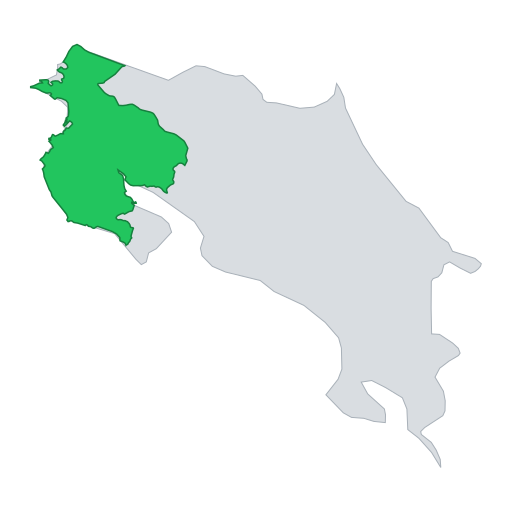 Costa Rica, with Guanacaste highlighted
{"feature_id": "CRI-1334", "entity_name": "Guanacaste", "entity_type": "Province", "adm_level": 1, "iso_a3": "CRI", "parent_name": "Costa Rica", "parent_adm1": "", "projection": "albers", "projection_center": [-85.354, 10.467], "detail": "fine", "context": "in_parent", "style": "filled", "palette": "green", "viewbox_px": 512, "rotation_deg": 0, "n_neighbors": 0, "source": "natural_earth", "source_scale": "10m", "svg_char_len": 6704}
<svg xmlns="http://www.w3.org/2000/svg" viewBox="0 0 512 512"><path d="M481.3,263.7L480.5,266.2L478.3,268.8L475.0,271.5L470.6,273.3L460.0,268.0L449.6,261.9L443.9,264.8L441.8,272.8L438.0,276.9L433.2,278.6L431.3,281.3L431.1,308.4L431.6,333.9L439.5,334.4L452.7,343.1L458.3,348.3L460.1,353.1L458.5,355.5L449.0,361.1L439.7,368.2L435.0,377.1L443.4,391.2L445.2,400.8L445.0,410.9L442.8,415.7L424.7,427.5L420.7,431.5L421.3,434.5L431.3,442.4L436.2,450.1L440.2,459.4L440.8,467.5L431.6,452.5L418.9,438.3L407.8,429.6L406.9,409.0L402.4,397.8L385.8,387.7L371.7,380.5L361.2,382.1L367.7,393.9L384.4,409.0L385.5,414.8L385.3,422.6L373.9,421.4L363.8,418.3L351.5,417.4L343.3,412.8L325.9,394.8L338.1,379.2L341.9,369.1L341.4,348.0L338.6,337.8L325.2,322.4L303.9,305.4L274.2,291.6L260.2,280.5L225.5,272.0L212.3,266.3L202.0,255.7L200.4,248.1L204.0,236.4L194.4,221.6L153.1,192.4L130.0,181.7L125.1,175.4L121.4,173.4L125.0,193.6L135.1,205.7L161.4,217.0L168.7,223.6L171.6,232.2L156.3,248.7L148.6,252.9L146.3,261.9L141.3,264.6L136.0,259.4L114.6,233.6L73.3,221.3L65.8,213.7L50.5,190.1L43.4,168.6L46.0,154.2L63.0,131.9L68.3,122.2L67.2,116.2L67.8,107.4L61.4,101.2L45.8,93.1L35.8,86.7L38.6,83.5L56.5,74.9L57.7,67.1L57.6,64.5L60.5,63.9L63.1,61.9L64.7,59.7L69.6,52.2L73.9,48.0L78.8,47.3L84.9,50.4L107.4,58.5L132.6,67.5L168.4,80.3L183.2,72.1L196.0,65.8L204.8,66.6L224.1,73.9L235.7,76.2L242.8,75.4L255.1,86.1L261.9,94.1L263.0,99.4L266.8,102.3L276.4,102.9L299.9,108.3L314.2,107.1L327.2,101.3L334.4,94.4L336.6,83.5L339.9,88.8L343.8,97.3L345.5,108.1L362.6,144.3L376.2,164.6L406.1,201.4L418.9,208.1L440.7,237.7L448.2,242.6L452.5,251.3L475.0,258.4L481.3,263.7Z" fill="#d9dde1" stroke="#a8b0b8" stroke-width="1"/><path d="M77.0,44.5L80.8,46.5L84.6,49.9L88.8,52.3L102.3,57.3L120.2,64.0L124.9,65.7L124.6,66.0L123.6,66.2L122.8,66.5L122.3,66.6L122.0,66.7L121.5,67.1L115.1,74.2L104.7,81.4L104.4,82.0L104.1,82.6L102.8,83.1L98.3,83.5L97.8,84.0L97.8,84.3L97.8,84.7L98.1,85.3L98.3,85.5L104.3,92.5L105.8,93.7L109.0,95.6L109.8,95.9L112.8,96.2L113.2,96.4L113.5,96.5L113.8,96.7L114.4,97.1L115.5,98.9L118.8,105.4L122.8,105.6L126.3,105.2L129.2,104.5L130.8,104.3L131.7,104.3L132.5,104.3L133.3,104.7L134.3,105.2L138.3,107.9L139.2,108.8L140.1,109.4L142.1,110.1L149.2,111.8L150.7,112.2L152.5,113.0L153.3,113.5L154.1,114.4L156.0,117.4L157.6,120.2L158.2,123.8L158.6,124.8L159.3,125.9L159.7,126.4L163.3,129.6L164.7,131.2L166.6,131.9L173.9,133.8L176.3,135.0L183.9,140.9L184.9,142.4L187.8,148.2L185.7,155.7L186.3,158.2L186.6,159.1L186.8,159.4L187.1,160.0L186.9,161.3L184.8,165.4L182.7,163.7L182.1,163.4L181.4,163.2L180.7,163.1L179.7,163.2L179.1,163.3L178.7,163.5L177.9,164.0L176.8,165.2L176.3,165.7L175.1,166.3L174.3,166.8L173.7,167.4L173.3,168.0L173.1,168.4L173.0,168.8L173.0,169.2L173.1,169.6L173.2,169.9L173.4,170.2L174.4,171.1L174.6,171.3L174.7,171.7L174.7,172.0L174.7,172.4L174.0,174.2L173.7,176.8L173.6,177.2L172.8,178.9L172.7,179.4L172.7,179.7L172.8,180.1L172.9,180.4L173.1,180.6L173.5,181.1L173.7,181.5L173.8,182.0L173.7,183.0L173.5,183.5L173.2,183.8L170.7,184.9L170.1,185.3L167.7,187.4L167.1,188.2L166.7,188.8L166.6,189.6L166.6,190.1L166.7,190.8L167.2,192.3L167.3,192.8L167.1,193.0L166.8,193.0L166.4,193.0L166.1,192.8L164.9,192.2L163.8,191.4L163.3,190.9L161.7,188.8L160.7,188.0L160.4,187.8L159.2,187.1L158.5,186.9L158.2,186.8L157.7,186.7L157.2,186.8L156.5,187.0L156.3,187.1L156.0,187.1L155.6,187.0L155.3,186.9L155.0,186.7L154.5,186.3L154.2,186.1L153.9,186.1L153.5,186.1L152.8,186.2L151.9,186.3L151.5,186.3L151.1,186.2L150.0,186.2L147.3,187.0L146.8,186.6L146.2,186.4L144.5,184.8L142.1,185.6L133.1,185.7L130.7,185.1L128.6,183.6L125.2,180.1L125.2,179.2L126.0,176.8L123.7,173.9L118.0,169.9L118.8,172.7L122.6,175.5L123.5,178.8L123.9,185.1L124.7,188.7L126.2,191.2L124.5,192.4L124.8,194.2L126.3,196.0L130.4,197.4L131.8,199.0L133.6,202.4L134.4,202.4L135.5,201.9L136.0,202.3L136.2,203.2L135.0,203.3L133.8,203.2L132.7,202.8L131.7,202.4L131.7,203.2L134.2,205.5L132.8,209.8L132.1,210.9L129.1,211.6L128.5,211.9L125.0,213.9L124.4,214.1L124.2,214.0L123.9,213.7L123.7,213.5L123.5,213.3L122.5,213.4L121.2,213.8L117.9,215.4L116.7,216.5L116.1,217.6L116.3,218.4L116.8,219.0L117.3,219.4L117.9,219.7L118.4,219.8L119.7,219.6L120.1,219.6L120.5,219.6L121.7,219.9L122.0,220.0L122.6,220.3L122.9,220.5L123.3,220.6L124.5,220.6L125.3,220.7L126.2,221.2L127.2,221.6L127.5,221.7L127.8,222.0L128.4,222.8L129.1,223.4L129.4,224.0L129.6,224.3L129.8,224.6L130.0,225.2L130.2,226.0L130.4,226.8L130.5,227.1L130.8,227.3L131.1,227.4L133.1,227.8L133.3,228.1L133.4,228.4L133.0,229.3L132.5,230.7L131.1,235.8L131.1,236.7L131.3,237.2L131.7,237.7L131.7,238.0L130.8,238.8L130.6,239.2L130.3,239.8L129.9,241.0L129.6,241.6L129.3,241.9L129.0,242.2L128.6,242.5L127.7,244.3L127.4,244.5L127.1,244.5L126.3,244.9L126.0,245.3L125.3,243.6L124.7,242.9L123.5,242.2L120.1,240.8L119.9,239.7L119.9,238.5L119.8,237.5L116.6,234.0L112.2,231.5L97.9,226.4L96.6,226.7L94.7,228.0L93.9,228.3L92.6,228.0L90.8,226.7L89.3,226.4L88.4,226.3L88.2,226.1L88.0,225.7L87.5,225.1L86.6,224.6L85.8,224.9L85.3,225.3L85.2,225.5L77.7,223.1L74.0,222.5L73.2,222.0L72.5,221.4L71.5,220.8L70.0,220.9L69.0,221.5L68.1,221.6L66.9,220.0L67.9,217.5L66.5,214.1L52.9,197.2L52.0,195.8L51.0,192.1L49.3,189.6L44.2,176.8L43.7,173.0L43.1,170.6L42.4,169.0L44.2,167.2L45.0,165.9L44.7,164.8L41.9,161.1L40.1,160.0L41.1,158.7L43.4,156.9L44.9,154.6L46.0,152.3L48.3,153.3L49.5,151.8L50.5,149.7L53.3,147.6L52.2,145.2L50.2,142.6L48.9,141.2L49.7,140.6L50.0,140.4L50.7,140.3L50.7,139.3L48.9,139.3L48.9,138.4L50.4,138.1L51.3,137.2L52.5,134.6L53.4,134.7L55.2,136.2L57.8,135.1L60.5,133.6L62.5,133.8L63.4,133.8L63.2,132.1L63.6,131.2L64.4,130.7L65.1,130.1L66.3,128.0L66.8,128.1L68.5,128.3L72.5,124.1L72.2,123.0L71.5,122.1L69.7,120.9L64.3,126.4L64.2,126.0L64.2,125.6L64.0,125.4L63.4,125.4L63.4,124.6L64.9,122.9L65.9,122.2L67.0,121.8L66.1,120.9L66.0,121.0L65.8,121.3L65.5,121.6L65.1,121.8L65.5,120.7L65.5,120.3L67.0,119.9L67.0,119.1L66.1,119.1L66.1,118.1L68.3,116.3L68.8,111.7L68.0,102.8L66.0,100.4L61.6,98.5L57.2,97.7L55.3,99.1L54.5,99.1L50.8,96.0L49.7,94.9L50.4,95.1L51.2,94.7L51.5,94.0L50.7,93.0L49.8,92.8L47.2,93.1L46.1,93.0L42.2,91.5L39.1,89.7L35.7,88.2L30.7,87.6L30.7,86.6L33.7,85.8L39.3,83.2L42.5,82.9L42.0,82.0L41.6,81.5L41.0,81.2L39.8,81.0L39.8,80.1L46.4,79.7L48.0,80.1L48.7,81.2L48.5,82.4L48.2,83.4L48.5,83.8L49.0,84.1L50.7,85.7L51.6,85.7L52.6,84.7L52.6,83.8L51.0,82.3L52.5,81.3L55.3,80.9L58.0,81.0L58.9,81.5L60.1,82.7L61.2,82.9L62.0,82.6L62.4,81.8L62.3,80.9L61.6,80.1L61.6,79.1L63.6,78.4L64.1,76.9L63.7,75.2L62.6,73.6L61.6,72.9L59.4,72.0L58.5,71.3L57.3,70.1L57.3,69.8L58.0,69.6L58.9,69.0L60.9,67.1L62.1,67.7L63.5,69.0L66.2,69.0L67.8,67.5L67.4,65.5L66.0,63.7L64.4,62.4L63.2,62.0L66.4,56.7L68.9,51.4L72.6,46.4L77.0,44.5Z" fill="#22c55e" stroke="#15803d" stroke-width="1.5"/></svg>